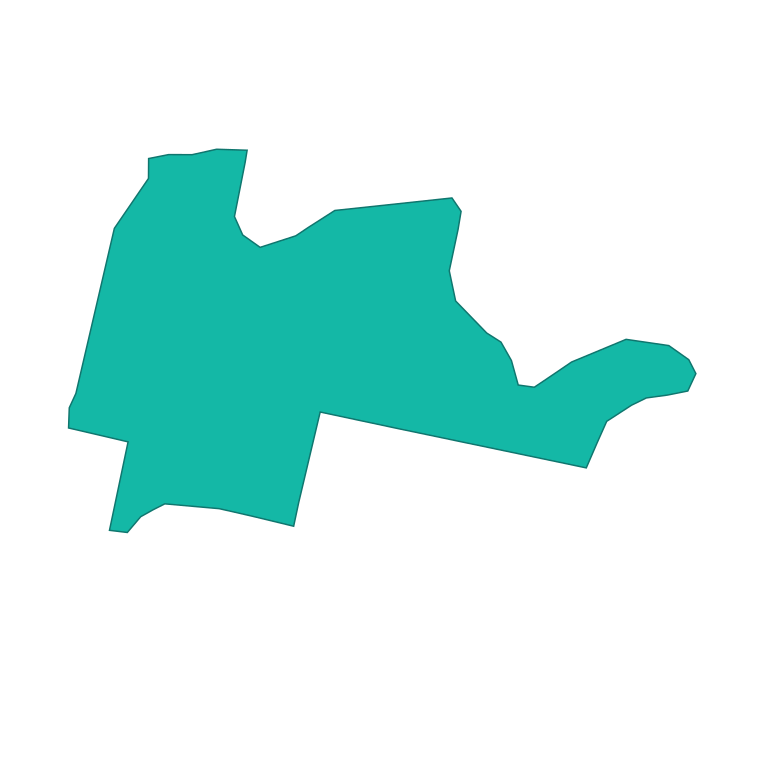 the district of Santa Tereza, Rio Grande do Sul, Brazil, rotated 102°
{"feature_id": "56859067B96458106097451", "entity_name": "Santa Tereza", "entity_type": "district", "adm_level": 2, "iso_a3": "BRA", "parent_name": "Brazil", "parent_adm1": "Rio Grande do Sul", "projection": "albers", "projection_center": [-51.714, -29.146], "detail": "fine", "context": "isolated", "style": "filled", "palette": "teal", "viewbox_px": 768, "rotation_deg": 102, "n_neighbors": 0, "source": "geoboundaries", "source_scale": "gbopen_adm2", "svg_char_len": 804}
<svg xmlns="http://www.w3.org/2000/svg" viewBox="0 0 768 768"><g transform="rotate(102 384 384)"><path d="M546.8,573.5L540.2,519.3L540.7,485.9L541.9,442.8L517.5,442.8L424.7,440.6L424.7,359.2L424.0,168.7L397.2,163.3L374.2,158.4L353.3,137.5L343.1,124.5L335.8,104.2L327.7,85.4L309.0,81.1L296.9,90.9L287.2,113.4L290.0,156.5L323.5,205.1L339.6,220.5L355.9,236.3L357.1,252.5L334.6,264.2L318.7,278.3L312.8,294.1L287.9,331.2L259.7,343.7L217.3,343.7L199.1,344.5L187.9,356.2L224.5,468.2L246.5,490.5L257.4,501.1L276.1,533.6L267.6,553.2L251.3,565.1L196.1,565.9L183.8,566.5L189.2,596.6L199.6,619.4L204.4,642.4L212.4,661.1L231.9,657.1L287.8,680.1L457.3,683.4L472.7,686.9L492.6,683.4L493.8,622.3L584.2,622.1L582.6,604.2L564.4,594.4L555.1,583.8L546.8,573.5Z" fill="#14b8a6" stroke="#0f766e" stroke-width="1.5"/></g></svg>